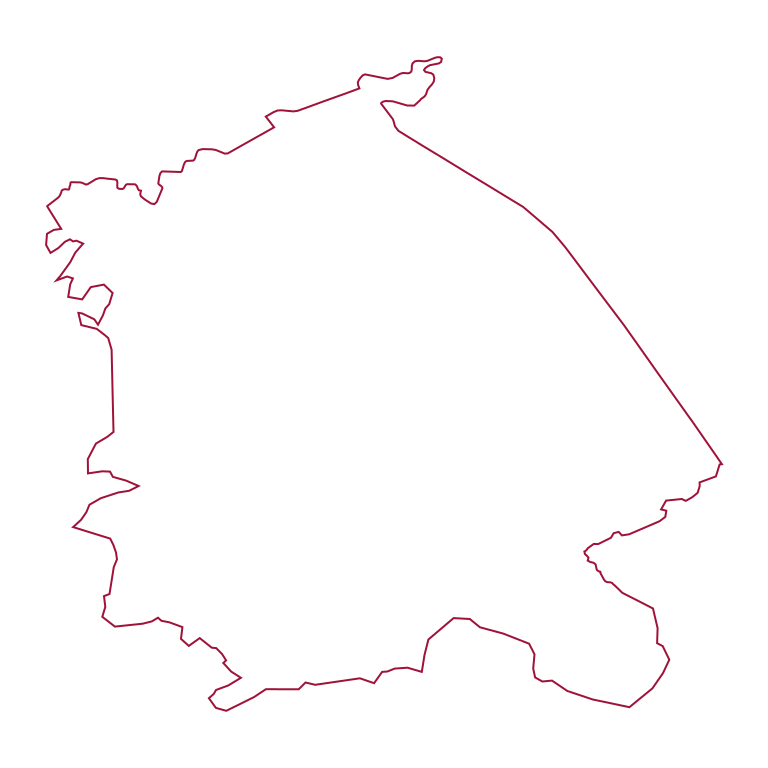 outline of Pavlodar
{"feature_id": "KAZ-3205", "entity_name": "Pavlodar", "entity_type": "Region", "adm_level": 1, "iso_a3": "KAZ", "parent_name": "Kazakhstan", "parent_adm1": "", "projection": "robinson", "projection_center": [75.843, 52.234], "detail": "fine", "context": "isolated", "style": "outline", "palette": "rose", "viewbox_px": 768, "rotation_deg": 0, "n_neighbors": 0, "source": "natural_earth", "source_scale": "10m", "svg_char_len": 4030}
<svg xmlns="http://www.w3.org/2000/svg" viewBox="0 0 768 768"><path d="M437.5,57.2L440.2,57.3L441.8,58.7L441.1,61.9L439.0,63.4L429.9,65.2L427.8,66.3L425.3,68.1L424.0,70.1L425.5,71.9L431.2,73.2L433.3,74.6L434.3,78.1L433.7,81.8L431.8,84.6L429.5,87.1L427.5,89.8L426.1,94.1L425.2,95.6L424.0,96.9L421.1,98.9L420.0,100.3L414.2,105.6L407.2,105.5L392.7,101.3L385.5,101.0L383.3,101.6L381.4,102.7L381.1,103.6L392.8,119.1L393.5,120.9L395.0,126.4L398.5,130.9L408.2,136.9L422.2,145.5L443.5,158.4L464.7,171.4L486.0,184.3L507.3,197.3L523.1,206.9L537.1,218.8L542.9,223.8L552.4,231.9L565.2,247.1L573.1,257.6L585.7,274.4L598.3,291.2L611.0,308.0L623.7,324.8L640.4,348.4L657.1,372.1L673.9,395.7L690.7,419.3L690.8,419.3L703.5,437.6L716.2,455.9L721.9,464.2L719.6,464.5L715.9,476.4L699.6,482.4L699.7,486.1L697.6,492.9L692.1,497.3L685.7,500.9L681.8,499.0L666.1,500.6L661.1,509.4L666.3,510.7L665.3,516.9L659.6,521.2L629.1,534.3L621.9,535.4L618.7,531.9L613.7,533.2L610.9,537.8L598.1,544.1L593.8,543.9L587.7,548.3L586.8,549.8L585.2,551.2L584.4,551.5L584.9,554.0L586.9,555.8L588.5,557.7L587.7,560.6L590.5,562.1L593.4,562.7L595.6,564.4L596.6,569.2L597.0,570.0L597.8,570.7L598.7,571.3L599.4,571.5L600.3,571.7L600.5,572.1L600.4,572.8L600.7,573.6L603.8,579.3L605.2,581.2L607.0,582.1L610.8,582.4L612.3,583.2L613.6,584.6L614.6,585.3L622.3,592.8L653.0,608.5L657.6,628.2L657.1,643.2L662.7,646.1L669.3,659.7L663.0,673.1L652.4,688.4L629.4,707.2L592.8,699.5L567.4,691.0L552.0,680.6L542.3,681.5L535.1,677.4L533.2,668.6L534.5,654.3L529.1,643.7L503.3,633.6L480.0,627.3L469.8,619.0L453.6,618.1L428.4,639.5L424.5,655.0L421.8,671.9L407.5,667.7L394.6,668.6L387.4,671.5L382.1,671.9L374.1,683.2L359.9,678.3L315.2,684.8L305.5,682.5L298.7,689.3L265.9,689.2L254.0,697.1L226.3,710.8L215.9,707.9L208.9,698.2L213.8,693.9L216.0,690.0L228.2,685.5L240.9,677.8L231.2,671.6L223.3,663.0L226.1,660.4L222.1,654.1L216.2,648.1L211.8,647.7L199.7,638.1L188.8,645.9L181.0,638.9L182.4,627.1L169.3,622.3L161.4,620.8L158.0,617.7L151.8,621.4L142.7,623.7L114.9,626.6L102.3,616.8L105.3,606.9L104.0,596.1L109.5,594.0L113.8,567.0L117.0,559.3L116.0,552.5L113.4,545.0L110.2,538.6L73.1,527.1L81.1,519.8L86.4,512.1L89.5,504.7L100.8,498.2L118.2,492.5L129.1,490.8L138.6,486.0L126.1,480.6L112.9,476.9L110.0,471.6L102.2,471.3L88.0,473.4L87.8,459.1L95.9,443.6L107.5,436.7L113.5,431.9L111.6,349.7L108.2,338.0L104.8,335.1L96.8,328.9L81.3,325.1L78.4,312.9L82.1,313.4L94.3,319.3L98.0,324.7L102.9,315.4L105.4,308.4L109.2,304.2L112.6,293.0L103.9,284.6L90.8,287.1L82.2,299.4L68.2,296.9L70.2,284.4L72.9,278.4L67.1,276.5L56.5,280.4L60.3,276.0L70.3,262.1L75.3,252.6L83.1,243.6L76.5,240.7L73.0,241.4L70.0,239.3L64.9,241.8L58.4,248.0L50.5,252.9L46.1,245.0L47.0,233.8L53.8,229.9L61.2,228.9L47.2,206.4L47.2,206.1L55.6,199.6L58.3,197.5L59.3,196.4L60.2,194.8L61.3,192.2L61.7,190.7L62.5,189.9L64.5,189.3L65.4,189.2L68.1,189.6L69.1,189.3L69.4,188.2L69.5,186.9L70.4,184.6L70.4,183.5L70.6,182.5L71.4,182.2L80.2,182.4L82.1,182.8L86.0,184.6L87.8,184.1L95.8,179.2L99.4,178.1L103.1,178.1L107.6,178.7L115.3,179.5L116.9,180.3L117.4,182.6L117.2,185.4L117.4,187.8L119.0,188.8L122.5,189.0L123.7,188.3L125.9,184.8L127.1,184.2L134.7,184.3L135.7,184.7L137.1,186.5L137.8,188.6L138.8,190.2L141.0,190.7L140.2,194.1L140.9,196.3L145.0,199.6L151.0,203.5L154.4,204.1L156.8,201.8L162.4,188.3L162.2,187.2L161.0,185.9L158.9,184.4L158.3,183.4L159.4,176.0L160.4,173.1L162.1,171.4L180.7,172.0L181.9,171.1L184.0,164.2L185.1,162.1L186.1,161.2L187.4,160.9L193.2,160.6L194.3,159.7L195.3,157.6L196.6,153.3L197.5,151.3L198.6,150.1L202.5,149.1L211.9,149.3L215.9,150.0L224.7,153.6L227.8,153.4L242.6,145.0L256.3,137.3L274.1,127.3L265.8,116.6L273.6,112.1L277.6,110.5L281.7,110.3L293.4,111.4L297.7,110.8L303.5,108.7L310.4,106.2L323.2,101.5L343.3,94.3L359.4,88.4L358.1,85.0L357.8,82.6L358.7,80.3L360.6,77.6L362.9,75.2L365.1,74.4L387.7,78.9L392.7,77.9L399.9,73.9L402.3,73.1L404.1,73.0L407.5,73.3L409.3,73.1L411.3,71.6L411.8,69.1L411.8,66.1L412.5,63.4L414.9,61.3L418.1,60.8L424.4,61.3L427.3,60.9L435.2,57.7L437.5,57.2Z" fill="none" stroke="#9f1239" stroke-width="2"/></svg>